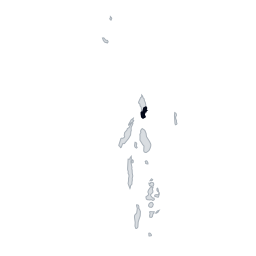 West Makira, Makira, Solomon Islands (highlighted), rotated 237°
{"feature_id": "97153195B7459502303210", "entity_name": "West Makira", "entity_type": "district", "adm_level": 2, "iso_a3": "SLB", "parent_name": "Solomon Islands", "parent_adm1": "Makira", "projection": "orthographic", "projection_center": [161.497, -10.428], "detail": "fine", "context": "in_parent", "style": "filled", "palette": "ink", "viewbox_px": 256, "rotation_deg": 237, "n_neighbors": 0, "source": "geoboundaries", "source_scale": "gbopen_adm2", "svg_char_len": 5816}
<svg xmlns="http://www.w3.org/2000/svg" viewBox="0 0 256 256"><g transform="rotate(237 128 128)"><path d="M100.2,128.7L104.2,131.6L105.9,131.3L111.3,131.4L114.4,133.5L116.2,134.5L117.3,136.4L118.5,136.8L119.3,137.8L119.8,139.6L117.9,140.5L116.7,140.8L113.6,140.2L110.7,138.8L104.8,138.7L102.1,138.3L101.2,137.8L100.3,137.1L98.9,135.4L97.8,133.5L97.6,132.3L97.5,130.2L97.9,129.4L99.0,128.6L100.2,128.7ZM118.5,110.8L123.0,116.3L122.9,117.3L122.2,117.9L122.1,119.8L122.6,120.5L123.9,120.8L126.0,122.8L126.9,126.0L127.8,127.1L127.8,129.4L129.8,132.6L130.0,134.2L129.8,134.9L129.0,134.5L126.6,130.8L123.9,129.2L123.5,128.5L120.8,126.4L118.9,122.8L116.9,116.5L117.8,114.9L115.5,111.9L115.6,111.0L117.3,111.2L117.6,110.8L118.5,110.8ZM101.9,113.6L102.5,115.3L100.0,113.8L98.1,111.9L92.8,109.9L91.6,108.8L90.7,108.7L87.9,107.0L85.2,105.9L83.1,103.8L82.1,103.4L80.4,101.8L78.8,100.7L78.2,98.7L76.6,97.3L76.2,96.7L81.3,97.8L83.7,99.9L85.7,101.2L86.4,102.1L88.2,103.3L89.9,103.4L91.5,104.6L93.0,104.9L94.2,105.6L101.8,111.1L100.9,112.5L101.9,113.6ZM136.2,149.3L138.5,150.4L139.8,150.2L141.8,151.0L143.3,150.5L144.3,151.5L146.7,155.3L146.7,156.5L148.2,157.4L146.9,157.6L145.1,157.1L143.7,157.4L142.2,156.7L139.7,156.3L137.5,155.4L133.0,152.6L133.0,151.2L132.3,150.5L132.0,148.8L130.4,148.3L128.5,148.2L128.3,147.3L128.7,145.9L130.1,145.9L131.8,146.5L136.2,149.3ZM58.3,92.9L58.9,93.6L57.5,94.7L55.6,94.1L55.1,93.2L53.8,93.4L51.2,92.9L47.6,90.3L43.7,85.4L39.9,82.6L39.2,81.8L39.1,80.4L39.6,79.8L41.9,80.4L44.9,82.6L49.8,84.9L51.2,86.1L52.0,89.0L52.9,89.8L55.5,92.0L58.3,92.9ZM63.5,109.8L64.7,111.3L66.1,114.7L65.8,115.9L64.9,115.9L64.6,116.7L63.3,115.0L61.6,114.6L60.4,113.6L59.8,110.4L58.8,110.2L56.0,110.5L55.1,111.6L53.8,111.3L53.5,110.3L53.7,109.4L55.4,108.4L55.7,107.2L57.4,105.1L58.5,104.7L60.5,105.5L60.7,108.4L61.5,109.4L63.5,109.8ZM115.5,175.6L114.2,176.2L113.0,175.9L112.1,175.4L111.4,174.0L109.9,173.1L107.7,172.7L106.5,171.8L105.0,171.5L104.6,170.8L104.7,170.0L104.9,169.5L106.3,169.9L113.1,173.7L115.5,175.6ZM43.7,104.1L43.4,104.4L42.8,103.4L42.3,103.1L42.3,102.0L40.4,100.2L40.3,98.9L41.3,97.7L42.8,98.4L44.2,99.9L45.9,100.4L45.6,101.4L44.1,103.3L43.7,104.1ZM53.0,107.0L52.3,107.7L50.3,107.7L48.7,105.8L48.7,104.4L49.9,103.0L51.3,102.8L52.1,103.3L52.9,104.4L53.2,105.7L53.0,107.0ZM69.9,118.0L68.1,119.4L66.8,119.0L65.7,117.7L66.3,115.8L67.3,115.4L67.9,114.7L69.9,115.2L70.4,115.6L69.2,116.5L69.9,117.3L69.9,118.0ZM216.8,156.8L213.8,157.2L212.6,158.5L211.1,158.3L210.6,157.2L210.6,156.7L211.4,156.8L211.9,155.7L212.8,155.2L214.9,155.0L217.4,155.6L216.8,156.6L216.8,156.8ZM133.1,135.1L133.3,137.8L131.9,136.3L131.2,136.9L130.6,136.2L130.7,133.0L129.8,130.1L130.6,130.3L133.1,135.1ZM56.8,118.7L56.8,118.9L55.7,118.4L53.5,115.9L53.9,115.1L55.9,113.4L56.5,113.2L57.1,114.2L56.6,115.7L56.0,116.1L55.7,117.5L56.8,118.7ZM107.8,123.5L109.4,123.7L112.2,126.1L111.5,126.9L110.2,126.5L109.8,126.7L109.4,125.8L107.9,125.1L106.7,125.1L106.5,124.2L107.8,123.5ZM89.8,125.9L87.7,125.7L87.0,125.1L87.8,124.1L88.7,123.5L89.6,124.1L90.6,124.2L90.7,125.4L89.8,125.9ZM28.0,89.1L26.1,89.5L25.0,89.0L25.5,87.5L26.1,86.8L28.4,88.1L28.0,89.1ZM98.9,114.4L98.1,114.7L96.8,114.0L96.2,113.4L96.5,112.4L97.2,112.1L98.1,112.7L98.2,113.4L98.9,114.4ZM231.0,173.9L229.4,174.2L228.8,174.1L227.7,172.5L228.5,172.1L229.7,172.3L230.0,173.2L231.0,173.9ZM61.5,119.4L61.4,120.1L60.4,119.9L58.0,119.0L57.9,118.5L59.3,118.3L60.2,118.4L61.5,119.4ZM42.4,107.4L42.0,109.3L41.0,107.0L41.2,105.1L41.6,104.8L42.4,107.4ZM72.6,120.0L71.3,120.6L70.8,119.8L71.8,117.8L72.6,120.0Z" fill="#d9dde1" stroke="#a8b0b8" stroke-width="1"/><path d="M136.1,152.3L132.7,148.4L133.9,148.0L133.9,147.9L133.8,147.7L133.7,147.7L133.4,147.6L133.3,147.3L133.2,147.3L132.9,147.1L132.7,147.0L132.6,146.9L132.4,146.9L132.2,146.7L131.9,146.7L131.7,146.6L131.7,146.4L131.4,146.3L131.2,146.2L130.9,146.1L130.6,145.9L130.4,145.9L130.2,145.8L130.1,145.7L129.9,145.7L129.7,145.7L129.3,145.6L129.2,145.7L129.1,145.8L129.0,146.0L128.4,145.9L128.2,146.0L128.2,146.3L128.1,146.6L128.2,146.8L128.2,147.0L128.1,147.3L128.1,147.5L128.0,147.8L128.1,148.0L128.1,148.4L128.3,148.4L128.6,148.5L128.8,148.5L129.0,148.6L129.3,148.6L129.5,148.6L129.6,148.3L129.8,148.4L130.0,148.4L130.3,148.4L130.3,148.5L130.3,148.4L130.4,148.5L130.6,148.7L130.7,148.8L130.8,148.7L131.0,148.5L131.3,148.7L131.4,148.8L131.7,148.9L131.8,149.0L131.9,148.9L131.9,149.0L132.0,149.1L132.2,149.3L132.0,149.5L131.9,149.5L132.0,149.6L131.9,149.7L132.0,149.8L131.8,150.0L131.7,150.0L131.8,150.1L132.0,150.1L132.0,149.9L132.2,150.0L132.3,150.1L132.2,150.3L132.1,150.2L132.0,150.3L132.1,150.5L131.9,150.6L132.0,150.7L131.9,150.8L132.1,151.0L132.1,150.9L132.3,150.9L132.3,150.7L132.3,150.8L132.5,150.7L132.5,150.8L132.6,151.0L132.6,151.3L132.6,151.2L132.7,151.3L132.6,151.5L132.6,151.8L132.6,151.7L132.7,151.8L132.7,152.0L132.5,152.3L132.6,152.5L132.6,152.8L132.7,152.7L132.8,152.7L132.8,152.8L133.0,152.7L133.1,152.8L133.2,152.7L133.3,152.6L133.5,152.5L133.6,152.8L133.8,152.8L133.7,152.9L133.8,152.9L134.0,152.9L133.9,152.9L133.9,153.0L134.0,153.1L134.3,153.2L134.2,153.2L134.3,153.3L134.2,153.4L134.3,153.5L134.5,153.6L134.4,153.8L134.5,153.8L134.4,153.9L134.5,154.0L134.4,154.0L134.5,154.1L134.7,153.9L134.8,153.8L134.8,153.7L134.9,153.8L134.9,153.6L135.1,153.5L135.2,153.8L135.1,154.0L135.1,153.9L135.3,153.9L135.3,154.0L135.3,154.3L135.6,154.2L135.6,154.3L135.6,154.5L135.7,154.3L135.8,154.3L135.8,154.2L135.7,154.2L135.9,154.1L136.1,152.3ZM132.6,151.9L132.5,151.7L132.4,151.7L132.4,151.8L132.2,151.9L132.1,152.0L132.3,152.1L132.5,151.9L132.6,151.9ZM129.8,148.6L129.7,148.4L129.6,148.5L129.8,148.6ZM132.5,150.9L132.4,150.9L132.4,151.1L132.5,150.9ZM134.3,153.8L134.2,153.8L134.3,153.8ZM131.7,150.0L131.7,149.9L131.7,150.0L131.7,150.0ZM129.8,148.5L129.8,148.4L129.8,148.5Z" fill="#0f172a" stroke="#020617" stroke-width="1.5"/></g></svg>